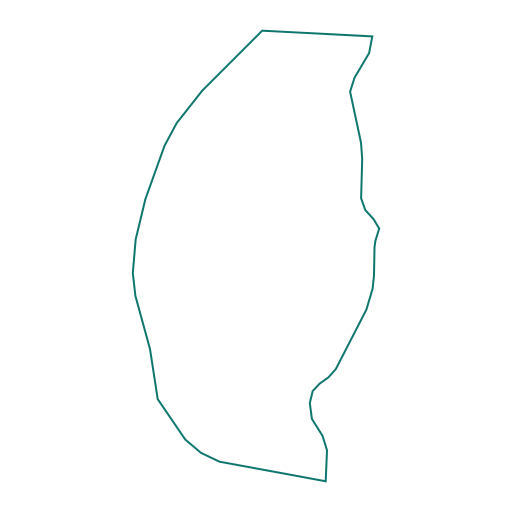 Govĭ-Sümber, Albers equal-area conic projection
{"feature_id": "MNG-3330", "entity_name": "Govĭ-Sümber", "entity_type": "Municipality", "adm_level": 1, "iso_a3": "MNG", "parent_name": "Mongolia", "parent_adm1": "", "projection": "albers", "projection_center": [108.387, 47.737], "detail": "fine", "context": "isolated", "style": "outline", "palette": "teal", "viewbox_px": 512, "rotation_deg": 0, "n_neighbors": 0, "source": "natural_earth", "source_scale": "10m", "svg_char_len": 576}
<svg xmlns="http://www.w3.org/2000/svg" viewBox="0 0 512 512"><path d="M372.3,36.4L369.1,53.1L354.5,77.8L350.1,91.7L361.0,142.7L362.2,158.9L361.1,198.3L365.3,210.1L373.6,219.2L379.2,228.6L375.4,240.8L374.5,247.4L374.0,275.5L372.6,288.7L366.4,309.6L335.8,369.1L328.4,377.4L319.8,383.5L312.7,391.0L309.8,403.1L311.9,418.9L322.6,436.0L327.0,450.3L325.7,481.3L219.5,461.7L201.0,452.9L185.3,439.6L157.7,399.1L150.0,349.0L135.4,295.9L132.8,273.1L135.7,239.3L145.4,199.1L164.5,145.8L176.6,123.2L202.2,90.7L262.2,30.7L372.3,36.4Z" fill="none" stroke="#0f766e" stroke-width="2"/></svg>